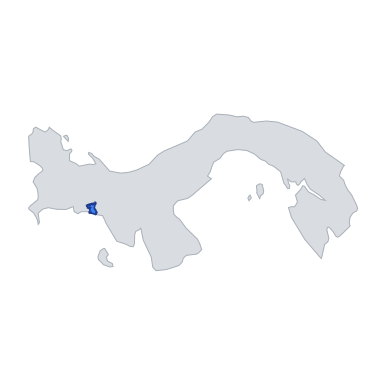 San Félix, Chiriquí, Panama shown in context, rotated 356°
{"feature_id": "35544464B1884855613124", "entity_name": "San Félix", "entity_type": "district", "adm_level": 2, "iso_a3": "PAN", "parent_name": "Panama", "parent_adm1": "Chiriquí", "projection": "robinson", "projection_center": [-81.909, 8.256], "detail": "fine", "context": "in_parent", "style": "filled", "palette": "blue", "viewbox_px": 384, "rotation_deg": 356, "n_neighbors": 0, "source": "geoboundaries", "source_scale": "gbopen_adm2", "svg_char_len": 6301}
<svg xmlns="http://www.w3.org/2000/svg" viewBox="0 0 384 384"><g transform="rotate(356 192 192)"><path d="M345.9,176.1L344.9,176.9L341.8,182.0L340.1,186.3L344.1,190.8L345.3,195.7L347.6,200.9L351.1,206.2L355.1,216.0L356.1,219.9L354.9,222.5L351.2,224.0L347.7,228.6L346.7,234.2L347.4,236.9L336.9,245.9L334.1,247.3L332.3,246.0L330.1,241.5L327.4,237.9L325.9,236.6L325.1,236.6L324.3,237.4L323.9,239.4L325.3,247.7L324.1,251.1L320.6,253.7L316.5,267.4L314.9,265.7L301.3,247.3L289.5,224.5L287.1,214.2L290.1,213.6L293.1,213.9L294.6,212.3L296.5,209.3L295.0,202.3L300.6,197.0L302.8,193.5L304.4,193.9L308.1,199.9L313.5,203.4L320.2,208.5L324.3,209.6L319.1,204.3L310.1,197.3L307.5,192.8L305.1,186.4L301.6,189.1L300.0,191.5L298.2,192.8L296.6,191.2L296.3,189.1L291.1,188.7L289.7,186.9L288.3,185.8L288.9,189.8L290.0,192.3L289.4,195.2L287.7,195.4L286.2,192.4L284.3,189.6L281.8,178.0L275.8,172.5L273.0,170.7L270.8,170.0L267.4,166.3L263.0,164.3L257.0,158.5L249.6,154.4L240.6,152.9L229.6,153.8L225.9,156.1L223.4,159.1L222.3,160.4L215.8,163.7L213.3,168.6L211.8,172.7L208.6,177.3L212.3,180.1L191.2,195.8L187.0,198.1L177.5,199.7L175.3,201.4L172.4,204.5L172.1,209.2L172.5,213.2L175.3,216.3L177.7,218.3L183.6,227.6L194.1,239.4L196.0,243.7L197.7,250.1L194.5,253.1L192.1,254.3L182.1,254.8L178.7,257.4L177.3,261.3L173.6,264.5L160.8,267.6L150.7,268.0L147.6,264.3L146.8,254.1L140.0,236.6L138.4,224.5L136.7,226.0L133.1,227.4L131.9,230.4L131.0,239.3L129.7,242.4L126.9,242.1L121.2,238.9L113.6,236.0L104.0,217.1L102.9,213.6L101.1,209.3L93.6,207.6L87.2,204.4L80.3,203.9L76.7,205.7L73.1,203.4L72.5,198.3L65.2,200.6L55.9,199.8L47.5,197.6L41.8,198.7L37.0,202.4L37.7,211.8L36.3,213.6L36.0,209.8L34.4,205.4L32.4,201.7L28.2,197.9L27.9,196.6L29.6,194.6L37.3,189.2L38.2,186.9L38.3,182.1L37.6,177.5L34.2,170.8L36.1,166.7L40.1,163.3L44.1,160.7L44.8,159.6L44.1,157.3L41.7,154.8L36.2,150.7L32.9,150.4L32.7,138.3L32.9,125.5L33.7,124.2L35.8,123.5L37.4,121.5L38.3,117.7L40.7,116.4L45.1,119.3L49.5,121.9L51.4,121.0L52.8,119.8L53.7,118.5L54.1,117.4L57.6,120.8L64.9,126.8L65.3,129.8L64.6,132.7L66.6,140.9L70.4,142.0L74.2,140.5L75.2,142.0L74.5,143.5L72.5,145.2L72.0,152.2L78.2,155.5L81.4,158.4L91.7,157.0L95.5,157.8L98.1,157.0L95.2,151.3L91.4,147.1L91.7,145.3L94.6,146.6L96.8,149.5L101.9,153.0L111.3,165.3L122.0,168.2L130.5,167.9L138.4,166.2L151.0,161.4L160.2,152.8L167.4,149.0L191.0,140.8L199.4,132.3L203.0,131.1L206.3,130.1L213.7,123.6L217.7,118.5L221.9,116.0L234.4,117.8L242.5,120.2L248.1,119.9L253.4,121.6L255.8,125.3L258.2,126.8L271.4,126.4L282.3,128.3L306.0,139.1L320.2,149.9L327.7,161.3L345.9,176.1ZM108.1,260.8L105.0,261.1L98.7,258.4L94.1,253.1L93.7,251.4L93.8,249.6L96.3,244.2L99.7,242.3L101.0,242.3L104.2,248.6L102.0,251.0L102.9,254.9L107.5,257.8L108.1,260.8ZM260.2,200.6L259.1,203.3L256.5,197.3L256.9,195.7L256.7,190.3L259.2,188.8L261.1,188.7L262.6,189.5L263.6,195.9L262.8,198.8L260.2,200.6ZM72.6,129.9L72.0,132.9L67.7,127.5L70.2,126.6L71.2,126.7L72.6,129.9ZM250.8,201.9L248.3,204.7L247.3,202.0L249.1,199.3L249.7,199.2L250.8,201.9Z" fill="#d9dde1" stroke="#a8b0b8" stroke-width="1"/><path d="M89.5,197.9L89.4,198.0L89.1,198.0L89.0,197.9L89.2,197.6L89.3,197.7L89.4,197.8L89.5,197.6L89.3,197.4L89.0,197.4L88.8,197.3L88.7,197.2L88.9,197.0L88.8,196.9L88.5,197.1L88.5,197.3L88.3,197.4L88.3,197.6L88.2,197.8L88.1,197.5L87.7,197.7L87.3,197.7L87.2,197.5L87.2,197.4L87.0,197.5L86.9,197.5L86.8,197.8L86.8,198.0L86.7,198.1L86.5,197.8L86.2,197.9L86.3,198.1L86.0,198.1L86.1,198.3L86.0,198.6L86.0,198.8L86.0,198.7L86.2,198.8L86.3,198.8L86.3,198.7L86.5,198.5L86.6,198.9L86.4,199.0L86.2,199.2L86.4,199.4L86.6,199.5L86.8,199.8L86.6,199.9L86.6,200.0L86.6,200.3L86.6,200.5L86.8,200.6L86.9,200.4L87.0,200.4L87.0,200.5L87.2,200.9L87.3,200.9L87.3,200.7L87.5,200.9L87.7,201.1L87.8,201.1L87.7,200.9L87.8,200.8L87.9,201.1L88.0,201.2L88.3,201.2L88.3,201.3L88.5,201.3L88.4,201.3L88.4,201.2L88.5,201.1L88.6,201.3L88.7,201.2L88.8,201.2L89.0,201.1L89.2,200.8L89.3,200.7L89.2,200.6L89.1,200.4L89.3,200.3L89.3,200.2L89.4,200.3L89.4,200.2L89.5,200.2L89.4,200.1L89.5,200.0L89.4,200.3L89.2,200.4L89.2,200.5L89.3,200.6L89.3,200.8L89.2,201.0L88.8,201.3L88.7,201.3L88.6,201.5L88.7,201.8L88.7,202.0L88.7,202.3L88.8,202.4L88.9,202.5L89.0,202.7L89.1,202.8L89.1,203.0L88.9,203.2L88.6,203.8L88.4,204.1L88.5,204.1L88.7,203.9L88.8,204.0L88.8,203.9L88.8,204.0L88.7,204.0L88.4,204.2L88.3,204.3L88.2,204.4L88.2,204.5L88.0,204.9L88.1,205.1L88.3,205.3L88.5,205.4L88.8,205.6L89.0,205.6L89.3,205.7L89.5,205.6L89.9,205.8L90.0,205.8L90.0,205.7L89.9,205.8L89.6,205.7L89.3,205.8L89.1,205.8L89.0,205.7L88.9,205.7L88.7,205.7L88.1,205.4L88.0,205.7L88.2,205.8L88.3,205.9L88.5,206.0L88.6,205.9L88.7,206.0L88.9,205.9L89.0,206.0L89.5,206.0L89.9,206.1L90.5,206.3L90.7,206.1L90.9,206.1L91.0,206.2L91.3,206.3L91.5,206.3L91.7,206.5L91.8,206.6L92.0,206.5L91.9,206.6L91.6,206.6L91.5,206.4L91.3,206.4L91.2,206.4L91.1,206.5L91.3,206.6L91.5,206.6L92.6,207.0L92.8,207.1L93.3,207.3L94.1,207.7L94.2,207.8L94.4,207.7L94.5,207.7L94.8,207.6L94.9,207.4L94.9,207.2L94.7,207.0L94.7,206.6L94.8,206.5L94.9,206.3L94.9,206.2L95.0,206.2L95.2,206.3L95.3,206.3L95.5,206.2L95.4,206.1L95.2,206.1L95.3,206.1L95.4,205.8L95.5,205.8L95.5,206.0L95.6,205.9L95.6,205.7L95.6,205.2L95.4,205.1L95.3,205.3L95.2,205.3L95.3,205.2L95.2,204.9L95.2,204.7L95.1,204.4L95.0,204.2L94.9,204.2L94.8,203.8L94.6,203.7L94.4,203.5L94.3,203.4L94.4,203.1L94.6,202.8L94.6,202.7L94.4,202.4L94.2,202.3L94.2,202.5L94.0,202.4L93.8,202.4L93.7,202.2L93.8,202.1L93.7,201.9L93.4,201.6L93.4,201.4L93.4,201.2L93.4,200.8L93.5,200.7L93.7,200.3L93.7,200.2L93.8,200.1L93.9,199.5L94.0,199.2L94.0,198.7L94.2,198.4L94.2,198.2L94.6,197.9L94.8,197.9L94.9,197.7L95.0,197.3L95.0,197.2L95.1,196.9L95.2,196.7L95.3,196.7L95.3,196.4L95.1,196.5L95.1,196.4L95.0,196.2L95.1,195.9L94.9,195.7L94.9,195.8L94.8,196.1L94.9,196.4L94.5,196.4L94.4,196.4L93.7,196.4L93.7,196.5L93.3,196.6L93.3,196.8L93.0,196.8L93.0,196.6L92.7,196.7L92.8,196.4L92.7,196.3L92.4,196.6L92.3,196.8L92.1,196.7L92.1,196.8L92.2,197.0L92.3,197.3L92.2,197.3L92.1,197.2L91.9,197.2L91.9,197.3L92.0,197.6L91.5,197.5L91.3,197.3L91.4,197.1L91.5,197.2L91.5,196.8L91.3,196.8L91.3,196.7L91.1,196.6L90.9,196.6L90.7,196.7L90.6,196.8L90.5,196.6L90.2,196.7L90.2,196.8L90.2,197.1L90.1,197.3L90.0,197.1L89.9,197.1L89.4,197.1L89.5,197.1L89.5,197.4L89.6,197.5L89.5,197.8L89.5,197.9Z" fill="#3b82f6" stroke="#1e3a8a" stroke-width="1.5"/></g></svg>